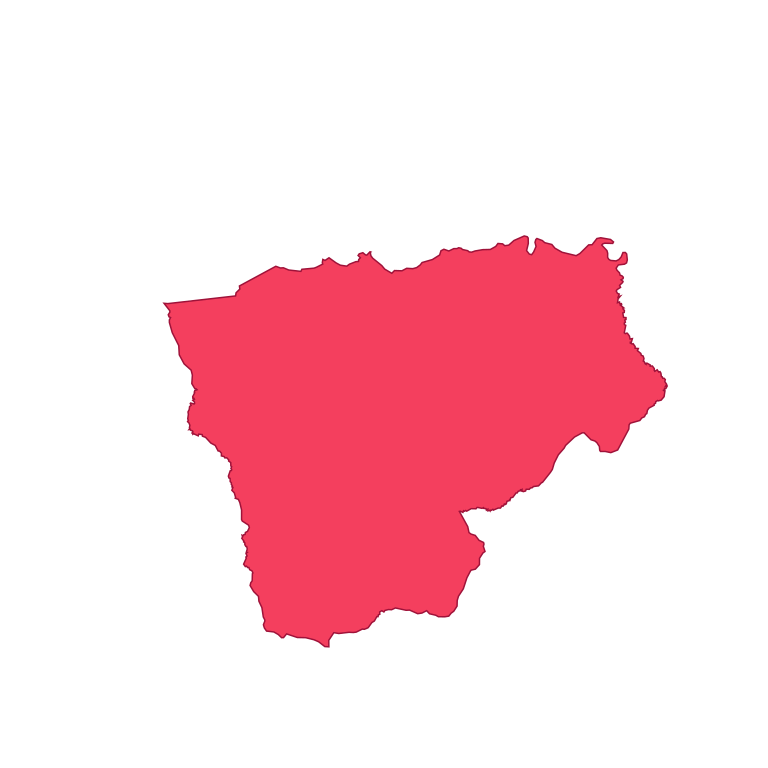 Kanchibiya, Muchinga, Zambia, rotated 43°
{"feature_id": "96606910B88888220258727", "entity_name": "Kanchibiya", "entity_type": "district", "adm_level": 2, "iso_a3": "ZMB", "parent_name": "Zambia", "parent_adm1": "Muchinga", "projection": "orthographic", "projection_center": [30.974, -11.535], "detail": "fine", "context": "isolated", "style": "filled", "palette": "rose", "viewbox_px": 768, "rotation_deg": 43, "n_neighbors": 0, "source": "geoboundaries", "source_scale": "gbopen_adm2", "svg_char_len": 6170}
<svg xmlns="http://www.w3.org/2000/svg" viewBox="0 0 768 768"><g transform="rotate(43 384 384)"><path d="M224.6,371.7L211.4,410.9L213.8,412.9L213.6,418.2L215.4,420.8L171.1,472.6L168.1,475.0L177.4,476.5L178.4,477.5L179.0,480.5L181.0,481.5L182.6,481.0L183.3,483.5L185.1,485.4L194.2,490.9L207.7,495.9L214.4,502.3L224.1,505.6L233.5,505.4L237.8,508.2L243.2,514.8L248.8,516.4L249.7,515.7L251.2,515.7L250.1,517.8L250.8,519.4L251.5,519.5L252.7,523.7L254.1,524.9L254.6,524.1L255.8,524.4L255.3,526.4L257.5,526.3L258.8,527.5L258.7,528.2L255.6,529.7L255.6,530.4L257.5,531.2L257.2,533.1L258.9,535.4L259.7,538.1L261.6,539.6L264.2,543.3L265.6,544.0L266.0,545.5L267.9,545.5L270.2,546.6L271.6,548.8L272.4,549.0L272.5,550.3L273.3,549.4L274.2,549.7L275.7,548.9L276.6,549.1L277.0,550.7L277.7,550.2L278.5,551.1L278.8,550.2L283.5,548.6L282.7,547.0L285.5,545.0L286.8,546.0L289.9,544.7L297.6,545.3L302.5,544.0L308.3,546.1L309.7,545.2L312.3,545.5L314.1,547.5L316.6,546.1L318.0,546.6L319.3,545.2L322.2,545.4L322.9,546.3L325.5,546.0L327.9,548.4L329.0,548.4L329.7,550.2L330.8,550.3L331.4,551.3L330.7,552.3L333.0,557.5L334.7,558.5L335.8,558.0L338.1,560.3L339.7,560.3L340.7,561.5L342.7,562.0L342.9,563.0L344.0,562.7L345.2,565.5L348.7,565.7L352.9,568.2L353.1,569.0L356.2,567.7L359.5,569.1L365.8,573.3L372.3,580.3L373.9,580.9L381.2,579.6L383.4,580.8L384.7,584.9L383.9,587.1L385.0,588.8L384.2,590.0L384.4,591.1L383.4,591.4L384.9,592.4L385.2,593.8L388.8,594.5L389.0,595.2L390.6,595.1L391.8,596.4L393.8,597.0L394.4,596.5L396.5,597.9L398.2,601.2L398.8,600.7L398.7,602.1L401.1,603.1L401.0,604.8L402.0,605.2L404.2,611.5L407.1,612.1L407.7,611.0L409.5,611.2L410.3,610.4L412.4,611.4L414.9,610.7L417.0,611.6L417.1,612.5L421.8,617.8L422.1,620.2L423.5,622.7L430.3,624.7L437.0,624.9L440.7,628.2L447.2,630.8L454.6,636.7L457.6,637.8L458.5,638.6L460.0,642.3L462.9,644.0L466.6,644.8L472.5,640.5L477.6,639.3L482.1,639.4L483.5,638.0L483.2,633.2L493.5,628.5L499.8,622.9L507.2,618.8L512.0,617.1L519.8,616.4L522.9,613.8L518.4,609.1L516.9,600.1L521.1,597.3L527.8,589.4L531.0,586.7L532.9,584.4L535.3,578.0L536.9,576.8L538.1,574.3L538.6,573.0L537.8,566.7L538.6,563.9L537.4,559.0L538.3,558.2L537.3,556.6L538.0,555.3L536.3,553.7L537.0,551.3L539.4,550.8L539.1,549.0L541.1,545.9L543.5,543.9L545.1,540.0L554.5,534.4L556.9,531.9L565.3,529.0L568.0,525.6L569.8,520.7L574.0,521.0L579.6,517.8L582.5,517.1L587.3,512.7L589.7,509.6L589.4,505.8L590.0,502.6L588.9,496.6L585.2,492.4L583.2,488.4L581.7,479.7L576.8,469.2L574.8,461.9L574.7,460.7L577.1,457.1L577.0,451.0L572.7,446.3L571.6,440.1L572.1,437.6L567.4,435.0L566.3,432.9L564.9,432.0L560.1,433.5L554.0,432.5L550.0,434.4L547.5,434.7L542.5,431.2L526.0,425.8L526.5,425.0L529.3,424.1L528.6,422.4L529.7,422.1L530.0,420.8L531.2,420.6L532.8,415.7L536.4,412.5L536.2,411.0L536.8,410.3L540.5,408.1L541.1,406.6L541.7,407.0L543.6,405.6L544.9,406.4L545.3,404.7L546.5,405.9L547.4,404.4L548.2,404.5L547.8,403.8L548.6,403.3L549.1,401.4L550.0,401.6L552.1,396.9L553.8,395.3L553.4,392.7L554.4,392.2L554.1,391.0L554.7,389.7L554.1,389.5L555.2,388.3L553.9,385.9L555.1,384.1L554.8,383.1L555.4,383.1L554.3,380.7L555.5,379.0L554.9,373.6L555.7,372.8L555.3,370.9L556.5,369.1L555.9,368.2L556.6,367.4L557.1,367.9L557.1,367.2L558.1,368.2L559.3,367.7L560.5,365.7L559.8,364.0L562.1,361.9L562.0,360.3L563.2,358.6L563.2,357.1L566.5,353.1L566.5,348.6L567.0,347.9L566.0,335.2L565.4,331.7L562.4,325.7L559.8,316.9L559.5,308.1L558.7,305.1L559.5,292.8L562.3,284.5L563.7,283.2L573.4,283.6L577.0,281.9L579.6,281.7L584.1,282.8L586.9,285.3L588.3,285.7L591.9,282.4L596.7,279.5L599.9,272.9L593.8,250.0L591.1,246.7L590.8,244.8L596.0,236.2L595.7,233.0L596.8,230.3L596.0,227.8L596.4,226.4L594.6,223.6L594.2,220.9L596.1,215.3L595.3,214.6L595.7,212.8L594.8,211.6L595.3,209.5L596.0,209.4L597.7,206.8L597.5,202.3L594.3,197.6L592.2,198.3L593.5,196.9L592.3,196.0L593.2,195.0L592.5,192.3L592.0,192.2L591.4,193.5L591.0,191.5L587.7,190.7L586.7,188.9L584.9,188.8L584.0,189.7L582.5,189.0L581.8,189.4L579.1,187.2L577.4,186.7L576.7,187.9L574.1,187.3L573.4,190.0L572.3,189.7L571.2,188.4L568.0,187.8L566.5,189.4L565.8,188.5L562.1,189.4L561.6,190.0L562.3,190.9L561.4,191.1L558.7,190.1L558.0,190.4L556.8,188.1L554.4,186.8L552.6,187.5L551.0,186.5L546.6,186.8L545.8,184.6L543.2,186.6L542.1,185.3L538.7,184.6L538.2,185.5L536.2,186.1L535.7,185.5L536.5,184.9L534.7,181.4L533.2,183.3L530.9,181.6L528.1,181.0L527.0,181.0L526.1,182.6L524.8,182.7L520.8,176.2L519.4,176.6L518.2,175.6L518.4,174.2L516.5,173.1L517.0,171.8L515.7,170.4L513.8,171.9L510.2,169.2L510.9,167.8L509.6,166.2L507.9,166.2L507.0,165.6L507.5,164.8L503.3,165.1L503.7,163.9L502.8,163.3L501.7,164.5L500.3,163.4L499.3,165.3L497.1,162.0L496.9,158.6L495.9,160.6L494.7,157.8L492.9,158.5L490.4,157.6L490.1,156.0L491.1,152.0L489.0,151.2L489.3,147.0L488.8,145.9L486.3,146.2L487.0,143.9L486.2,142.7L484.1,142.6L482.5,143.4L480.4,142.1L476.8,141.9L474.8,141.0L474.2,137.1L478.2,132.3L478.8,130.0L477.3,127.3L472.8,123.4L470.8,123.2L469.1,124.9L470.8,129.3L470.9,132.8L469.8,135.7L465.4,139.1L463.4,139.5L461.2,138.9L458.4,135.8L456.1,134.4L448.5,133.9L448.4,132.5L449.3,130.6L455.4,125.2L455.0,123.6L451.1,123.8L442.8,129.2L440.5,132.4L441.2,140.2L438.8,142.7L438.3,154.9L437.0,159.1L424.4,166.2L416.4,168.1L411.6,167.5L405.2,171.0L402.0,171.1L396.6,173.3L396.5,174.8L397.8,177.4L401.4,179.7L403.4,185.4L403.8,188.7L401.7,189.9L397.3,189.2L393.7,182.8L389.9,178.9L388.3,178.6L385.6,180.1L381.2,190.4L380.5,197.4L378.0,200.5L375.2,200.6L371.5,203.5L371.9,207.2L370.0,213.1L364.6,218.4L359.8,224.7L358.2,227.8L356.2,229.3L354.3,229.4L349.7,232.1L347.9,232.1L345.7,233.4L345.0,235.2L342.7,237.4L340.7,242.5L335.9,244.6L334.8,247.7L336.7,251.7L334.5,260.0L329.0,269.2L329.3,272.2L328.5,276.6L326.4,280.0L321.7,283.9L319.9,289.0L314.3,293.9L314.2,297.7L306.2,299.5L301.6,298.9L289.9,299.7L286.9,299.1L284.2,297.1L284.3,296.5L283.6,296.8L283.5,301.5L282.4,302.2L279.0,302.4L277.1,305.7L277.4,307.7L280.6,307.8L280.6,310.2L281.8,311.8L280.0,313.7L277.0,319.9L276.4,323.2L271.0,326.9L266.3,328.1L257.7,329.2L256.6,333.8L254.3,334.6L256.1,337.3L257.4,338.1L255.0,344.6L253.9,346.9L245.7,356.1L246.4,358.3L236.6,365.6L231.2,367.6L229.1,369.8L224.6,371.7Z" fill="#f43f5e" stroke="#9f1239" stroke-width="1.5"/></g></svg>